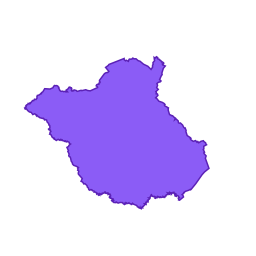 outline of Nong Song Hong, Khon Kaen, Thailand, rotated 315°
{"feature_id": "78962969B38017205810186", "entity_name": "Nong Song Hong", "entity_type": "district", "adm_level": 2, "iso_a3": "THA", "parent_name": "Thailand", "parent_adm1": "Khon Kaen", "projection": "natural_earth1", "projection_center": [102.768, 15.769], "detail": "fine", "context": "isolated", "style": "filled", "palette": "violet", "viewbox_px": 256, "rotation_deg": 315, "n_neighbors": 0, "source": "geoboundaries", "source_scale": "gbopen_adm2", "svg_char_len": 5731}
<svg xmlns="http://www.w3.org/2000/svg" viewBox="0 0 256 256"><g transform="rotate(315 128 128)"><path d="M147.3,213.4L151.0,213.2L156.7,213.8L161.3,204.1L163.5,203.0L163.7,199.9L164.0,199.2L165.0,199.3L166.0,196.4L166.9,196.4L168.6,194.5L171.7,195.4L171.8,194.5L172.4,193.3L172.1,191.2L172.3,190.3L170.2,189.0L167.6,188.5L167.8,186.9L166.7,186.9L166.9,184.7L164.7,183.6L164.2,181.1L164.4,179.7L165.2,179.8L165.3,179.0L164.5,175.2L166.4,171.5L167.4,170.8L168.4,168.4L167.9,168.3L167.9,166.8L168.7,164.5L168.6,161.5L167.7,160.9L167.4,160.0L168.5,158.5L168.4,155.4L166.9,155.2L168.5,154.4L168.2,153.4L168.2,150.8L167.4,149.9L167.5,149.2L166.9,148.1L167.0,147.6L169.1,143.7L170.8,142.3L170.4,141.8L170.4,140.5L169.7,138.9L170.0,137.5L170.8,137.5L170.9,136.3L170.4,134.2L168.8,130.9L169.2,127.3L168.9,126.2L172.2,126.1L172.9,124.7L172.1,123.7L173.3,122.8L173.4,122.0L176.7,122.1L176.8,119.7L179.0,118.8L179.9,117.0L181.8,117.2L183.5,118.2L184.3,118.2L184.6,118.1L184.6,116.1L189.0,114.4L189.8,114.5L190.8,113.1L195.2,110.8L198.2,110.5L197.1,107.8L197.6,107.0L198.3,107.5L198.7,107.1L199.0,107.4L199.3,107.0L198.9,105.2L198.4,105.0L198.8,104.1L198.8,102.8L198.4,102.4L198.6,101.1L198.0,100.4L198.2,99.2L198.8,99.1L198.5,97.7L196.8,97.7L196.7,97.3L196.2,97.4L196.2,96.8L195.7,97.4L195.8,97.8L195.3,97.9L194.4,99.2L191.9,99.4L190.6,100.9L189.9,100.9L188.8,101.8L188.6,102.3L185.7,102.9L185.7,98.4L184.1,93.9L183.7,89.2L182.8,87.6L182.6,84.7L181.2,83.4L181.0,82.4L180.5,82.3L180.5,81.9L179.9,82.0L178.7,81.5L178.1,80.5L177.3,80.2L175.4,81.1L174.7,78.9L173.7,78.7L173.6,77.0L174.4,76.1L159.5,69.6L158.2,69.8L155.0,69.3L154.5,74.4L152.9,74.4L151.6,73.4L149.9,72.9L141.6,74.1L140.9,74.7L140.8,75.8L140.2,76.1L139.2,75.7L138.3,76.5L137.3,75.5L136.3,75.3L135.3,75.7L135.6,77.2L135.1,77.9L127.5,75.0L126.0,73.0L125.2,71.1L121.7,68.9L121.7,68.5L120.9,67.8L118.4,66.5L117.9,66.0L118.0,65.1L116.9,63.1L115.9,62.6L115.7,63.1L114.5,62.3L114.5,61.4L116.2,60.2L116.4,59.5L115.6,58.9L115.9,58.0L115.2,57.5L113.2,57.9L111.0,57.5L110.8,59.6L109.5,58.4L109.3,57.5L108.2,56.8L107.9,55.8L106.5,54.7L106.3,53.0L106.7,52.6L107.1,50.9L107.5,50.9L107.9,50.2L107.7,49.8L108.0,48.7L107.6,47.6L106.2,46.4L106.2,46.1L104.9,45.9L103.5,46.5L100.4,45.3L96.9,41.3L93.4,42.2L92.1,41.9L91.1,42.5L90.7,41.9L90.3,42.1L88.3,41.7L86.9,40.9L86.7,41.2L85.9,41.3L84.7,42.6L83.1,42.8L82.2,41.5L80.7,42.0L79.9,41.1L77.6,41.4L76.6,40.9L76.3,41.6L75.6,41.5L74.8,40.0L73.6,40.5L72.8,40.0L71.6,40.0L71.0,41.1L70.2,40.7L69.8,41.1L69.1,40.8L68.7,42.0L69.7,42.6L69.7,43.0L69.4,44.6L69.6,46.9L70.6,48.5L70.2,51.2L72.0,51.9L72.3,53.1L71.9,54.7L72.6,54.5L72.5,56.6L72.8,57.0L72.9,58.3L74.4,60.9L74.9,61.1L75.1,61.7L74.7,62.9L74.8,63.5L75.3,63.5L76.1,64.7L75.1,66.5L75.0,68.7L74.2,70.0L74.5,70.2L74.3,71.1L72.8,72.8L71.0,72.6L70.8,73.1L71.6,74.3L71.2,74.5L71.3,75.2L70.9,76.0L70.2,75.8L69.0,76.5L68.8,77.1L68.3,77.1L68.8,78.4L67.9,80.8L68.0,81.8L68.7,83.1L68.5,83.5L68.0,83.2L67.9,83.8L68.2,84.0L68.5,86.1L70.6,86.6L70.8,87.6L71.3,88.0L71.0,88.2L71.2,88.7L72.5,88.6L72.5,89.2L73.0,89.8L72.5,90.1L73.6,91.9L73.6,92.5L73.9,92.9L74.1,92.4L74.7,92.9L74.6,94.2L75.6,94.4L75.5,94.9L76.2,95.9L76.2,96.8L75.6,97.5L76.0,98.7L74.0,98.5L72.9,99.0L71.1,98.5L69.9,101.9L68.9,102.0L68.0,104.7L66.5,105.7L66.2,106.7L66.6,107.5L66.1,108.7L64.4,111.3L64.1,113.0L63.3,114.3L63.2,116.0L64.5,118.8L65.0,120.8L64.0,120.8L63.8,121.6L62.5,122.3L62.8,123.3L62.3,124.1L61.0,124.6L60.3,125.6L59.9,131.4L57.1,132.5L57.7,134.0L57.2,136.4L58.2,136.9L58.3,139.8L57.5,140.9L57.6,142.2L56.7,143.9L57.0,145.0L58.1,145.2L58.8,146.1L58.4,146.7L58.6,147.5L59.4,148.5L59.2,149.3L58.8,149.4L59.8,150.6L59.9,151.4L59.5,151.9L59.8,152.3L59.4,152.6L60.2,152.8L59.6,154.6L60.1,154.7L60.4,155.3L60.6,154.7L61.1,154.8L61.0,154.1L61.4,154.0L61.7,155.4L62.3,155.4L62.3,156.3L63.7,156.4L63.9,156.1L64.3,156.7L65.4,156.9L65.6,157.4L65.9,156.9L66.4,156.9L66.7,157.3L66.5,158.9L67.2,159.9L67.4,159.5L67.9,159.6L67.9,160.5L67.5,160.4L67.5,160.8L67.0,161.0L68.1,161.8L68.0,162.2L68.4,162.2L68.1,163.3L66.9,163.4L66.9,164.1L66.1,163.6L65.8,163.8L65.8,165.0L67.3,167.7L66.8,168.0L66.8,168.4L66.1,167.7L65.2,167.6L65.0,168.9L65.7,169.3L65.3,169.5L65.4,170.9L66.5,171.6L66.6,172.2L67.4,172.1L67.9,174.1L69.8,175.1L71.5,177.0L71.1,177.8L71.4,179.6L72.0,179.7L72.1,179.2L72.6,179.0L72.7,180.0L73.1,180.1L73.3,179.3L73.8,179.2L74.1,180.4L73.9,180.7L74.6,181.3L75.8,181.5L75.6,182.2L76.3,183.5L76.2,184.3L76.8,184.3L76.9,184.7L78.0,184.5L78.0,185.7L79.4,189.0L78.9,190.4L79.4,191.1L79.2,191.8L79.6,192.8L80.5,192.5L80.0,193.4L80.3,194.5L81.3,194.0L81.8,194.7L82.1,193.9L82.6,193.8L82.9,194.3L85.7,194.1L85.9,194.8L86.1,193.1L86.8,193.8L86.5,194.2L86.8,194.8L88.0,193.2L88.5,193.8L89.6,193.3L89.9,194.4L91.0,193.6L91.1,193.0L92.6,193.4L93.5,192.9L93.3,192.1L93.9,192.5L94.0,193.1L95.3,192.2L96.3,192.5L96.7,191.7L97.4,191.8L96.9,193.4L97.4,194.4L98.1,194.7L97.9,195.3L98.5,195.7L98.1,196.6L97.5,196.7L97.6,197.1L98.4,197.3L99.0,197.0L99.3,197.8L100.3,197.3L100.3,197.9L101.0,198.1L100.9,199.3L101.4,199.6L102.1,199.4L102.4,199.8L102.2,200.5L103.8,201.5L104.3,201.2L104.3,202.2L105.0,202.2L105.0,203.0L106.5,202.6L106.9,202.9L107.4,202.4L108.6,202.6L109.0,203.2L109.6,202.7L110.1,203.6L110.2,202.1L110.6,202.8L111.1,202.8L110.9,204.3L111.6,204.4L112.0,203.8L112.0,205.0L112.6,204.2L113.2,204.9L113.0,205.4L114.4,205.4L114.3,206.2L114.8,206.3L114.3,206.9L115.1,207.8L115.2,208.4L114.7,208.4L114.1,209.2L113.7,208.6L113.2,209.3L113.8,210.4L114.2,209.8L114.9,209.9L115.5,211.9L115.2,212.3L115.1,213.5L113.9,213.2L113.7,214.1L112.9,214.6L113.4,215.5L118.5,216.0L119.3,214.3L119.1,213.4L121.8,213.5L121.9,213.1L124.0,213.5L127.0,215.0L128.6,215.4L128.6,216.0L129.6,216.0L136.5,215.3L147.3,213.4Z" fill="#8b5cf6" stroke="#5b21b6" stroke-width="1.5"/></g></svg>